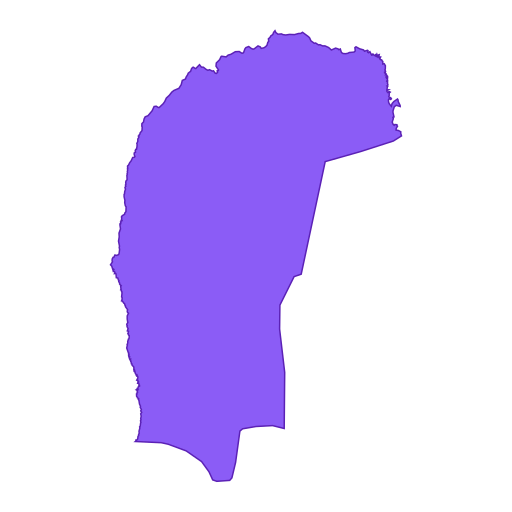 Mitsamiouli-Mboudé, Andjazîdja, Comoros
{"feature_id": "10938185B67203865227918", "entity_name": "Mitsamiouli-Mboudé", "entity_type": "district", "adm_level": 2, "iso_a3": "COM", "parent_name": "Comoros", "parent_adm1": "Andjazîdja", "projection": "equal_earth", "projection_center": [43.317, -11.447], "detail": "fine", "context": "isolated", "style": "filled", "palette": "violet", "viewbox_px": 512, "rotation_deg": 0, "n_neighbors": 0, "source": "geoboundaries", "source_scale": "gbopen_adm2", "svg_char_len": 5936}
<svg xmlns="http://www.w3.org/2000/svg" viewBox="0 0 512 512"><path d="M401.5,135.9L400.7,133.2L400.8,131.8L398.4,130.5L396.1,130.1L396.2,128.4L397.5,126.2L397.0,125.7L396.9,124.7L394.9,124.5L394.2,125.3L393.1,124.3L392.2,122.1L393.3,118.7L392.9,117.3L394.0,116.9L393.0,112.5L393.0,110.9L394.3,106.8L396.2,105.3L400.2,106.5L400.1,105.4L398.2,101.5L398.1,100.0L397.5,99.0L393.9,101.5L392.1,103.5L391.3,106.3L389.3,103.8L388.6,102.2L388.4,99.9L389.2,98.7L390.7,99.5L391.4,98.8L390.6,97.6L389.4,97.4L388.8,96.6L389.2,95.6L389.2,93.0L390.2,92.1L389.1,91.5L387.8,92.5L386.9,91.4L386.9,90.6L388.3,89.8L386.9,89.8L387.4,86.7L387.7,86.3L387.0,85.9L387.7,85.4L387.9,84.3L387.4,83.4L387.6,82.0L386.7,81.3L387.0,80.5L387.6,80.5L387.4,79.5L387.6,77.5L386.5,78.1L386.0,77.0L386.4,76.3L387.0,76.5L387.3,76.0L386.6,75.3L386.5,74.8L385.5,74.8L386.0,73.7L384.6,72.8L384.6,72.2L385.4,72.1L385.6,71.3L384.9,69.9L385.3,69.1L385.4,65.7L384.2,63.7L382.8,64.0L382.8,61.4L382.0,60.7L381.7,59.9L380.4,59.6L379.7,58.6L379.5,58.2L380.3,57.9L380.6,57.0L378.9,57.1L379.0,55.9L378.2,56.4L378.3,55.7L379.0,55.6L379.2,54.7L377.8,55.2L377.4,56.2L377.0,54.9L376.6,56.5L376.3,56.5L375.6,56.0L376.5,54.8L376.5,54.2L375.6,54.6L374.9,55.6L374.1,55.3L373.3,54.2L372.5,54.1L372.0,55.2L371.6,55.1L369.9,51.7L368.5,52.7L367.7,52.2L368.0,50.6L367.5,50.3L364.5,51.2L363.5,49.9L359.7,48.8L356.0,46.8L354.9,47.6L355.2,50.6L354.9,51.4L353.9,52.1L349.3,52.5L347.8,53.3L345.5,53.7L343.0,53.5L341.7,52.7L341.2,51.9L340.3,49.0L338.9,49.7L338.1,48.9L335.6,48.1L331.4,50.0L328.6,47.5L325.0,45.9L322.6,45.9L320.0,44.7L318.5,44.9L315.6,43.0L314.3,43.3L310.9,40.8L309.7,38.0L308.5,36.7L302.5,32.3L300.8,33.4L298.5,33.5L294.5,34.6L289.5,34.4L285.7,35.0L282.9,34.6L281.5,33.9L277.9,34.2L275.8,32.5L275.0,30.7L273.6,32.4L272.8,34.5L270.7,36.0L270.0,37.4L268.4,38.8L268.7,41.4L267.8,42.3L267.0,45.2L265.6,46.7L263.9,47.8L261.2,48.4L260.3,46.9L258.0,45.9L254.4,48.7L253.1,49.2L251.2,48.4L248.7,46.5L245.9,47.6L244.9,48.9L243.7,52.3L242.8,53.2L241.6,53.1L239.2,51.5L235.3,51.7L230.9,54.3L228.1,55.1L226.1,56.9L221.7,56.2L221.1,56.5L219.6,59.7L216.3,63.0L216.0,66.2L218.5,70.0L218.3,70.6L217.2,70.8L217.5,72.5L216.2,73.5L215.1,73.1L213.5,70.8L212.3,71.1L209.5,69.7L207.9,70.3L206.0,69.3L203.4,67.2L201.4,67.1L199.5,64.7L195.8,68.5L195.2,68.5L193.4,67.2L192.8,67.3L191.6,68.5L190.6,71.3L188.2,73.2L187.7,74.6L186.1,77.1L185.5,79.0L182.3,80.4L181.2,84.7L178.9,88.3L174.0,90.4L171.8,92.1L169.4,95.2L166.3,98.1L164.7,101.6L163.2,103.7L159.2,107.5L158.3,107.5L156.2,106.2L154.1,106.5L152.1,110.8L148.0,115.7L145.2,116.8L144.1,118.9L143.5,122.0L141.9,123.6L141.8,126.2L142.2,127.0L142.0,130.6L140.1,132.9L140.0,133.9L139.0,135.2L139.1,135.8L138.4,136.1L138.8,137.5L137.8,139.0L137.8,141.4L136.8,143.5L137.1,144.3L137.0,146.5L136.5,149.3L135.7,149.4L135.2,150.8L135.5,152.2L134.2,153.0L134.2,154.5L134.9,156.7L134.3,157.3L132.7,157.5L131.1,160.9L129.7,162.7L128.4,165.3L127.6,165.9L127.5,166.9L127.8,168.3L127.4,168.8L127.7,170.0L127.3,171.4L127.5,172.7L127.1,173.6L127.3,174.4L126.9,175.2L127.1,179.7L126.0,181.0L125.7,182.4L125.9,184.3L125.4,185.0L125.8,186.3L125.0,187.3L125.0,187.9L125.5,189.0L124.7,191.6L124.5,193.9L124.1,194.4L124.1,196.8L124.9,200.4L124.7,202.6L125.3,205.7L126.1,206.9L125.9,211.7L124.7,213.2L124.6,214.3L122.2,215.7L121.4,217.0L121.7,217.7L121.6,219.7L122.0,220.5L121.1,220.5L121.0,221.8L120.6,221.9L120.8,223.2L120.1,223.7L120.4,224.2L119.9,224.7L120.5,228.9L119.0,233.1L119.2,236.9L118.5,241.1L119.5,246.2L119.2,247.3L119.6,249.5L119.1,253.5L118.6,254.6L116.7,255.4L114.9,255.0L113.9,257.2L113.1,257.3L112.2,259.0L112.1,261.0L112.5,261.8L110.5,264.8L111.7,266.0L112.9,269.8L113.6,269.2L113.9,269.5L113.3,270.6L113.3,271.5L114.6,271.6L114.9,272.8L114.5,273.6L115.7,273.5L116.0,274.0L116.3,277.7L117.8,278.0L118.4,280.1L118.9,280.5L118.7,281.6L119.6,283.0L119.6,284.1L120.6,285.1L120.6,285.7L121.1,285.8L120.7,286.5L121.0,289.2L120.7,289.8L121.2,290.0L121.5,291.3L121.8,291.5L122.0,293.2L121.6,296.9L122.1,297.6L122.1,299.3L121.6,300.7L122.1,300.7L122.3,301.5L122.8,301.6L123.9,303.3L124.5,303.5L125.1,305.6L125.4,305.7L125.5,306.8L127.6,309.7L127.2,311.2L127.5,312.4L128.5,313.2L127.2,315.9L127.2,319.0L127.8,322.7L127.0,323.7L126.7,324.9L127.3,325.6L127.0,326.6L128.1,328.7L127.3,330.9L128.5,331.3L128.2,332.4L128.3,333.4L127.9,333.6L128.6,335.1L129.2,335.5L129.2,337.3L128.9,338.8L128.3,339.2L128.2,340.2L127.7,341.2L127.8,342.8L127.1,344.7L127.4,344.9L126.7,348.0L128.3,352.6L128.8,353.1L128.5,353.9L129.0,354.5L128.6,355.1L128.7,356.1L129.2,356.2L129.1,356.9L129.6,357.0L129.2,357.9L129.7,358.5L129.6,359.0L130.1,359.9L130.5,359.6L130.4,360.5L130.8,360.9L130.7,361.5L131.1,361.9L131.4,363.8L131.9,363.9L132.1,365.2L133.8,367.0L133.9,369.1L134.2,369.5L133.8,369.8L133.9,370.2L134.4,371.0L134.2,371.5L134.5,371.7L134.8,371.2L135.4,373.6L136.4,374.9L136.9,374.7L137.1,375.1L137.0,375.6L136.5,375.7L136.8,376.2L137.7,376.4L137.9,377.9L136.7,380.2L137.0,380.3L137.6,379.6L138.1,381.1L137.9,381.8L138.4,381.9L137.7,383.3L138.8,383.4L139.0,384.6L139.5,385.2L139.5,385.8L138.9,385.6L138.9,386.4L138.2,386.9L137.9,388.4L137.3,388.5L137.7,389.2L136.8,389.6L137.5,389.8L137.0,390.1L137.6,390.3L137.1,391.0L137.6,392.1L137.0,392.8L137.0,393.9L136.5,394.0L136.6,396.3L137.4,397.3L137.4,397.8L138.6,398.6L138.3,399.5L138.9,400.2L139.5,404.1L140.5,406.2L140.2,407.3L141.4,409.5L140.7,410.9L141.7,412.3L140.7,413.8L141.2,416.1L140.7,418.8L141.0,419.8L140.5,420.7L140.9,422.5L140.6,423.0L140.2,426.1L139.6,426.9L139.9,427.9L139.0,431.2L139.2,433.5L138.6,434.3L138.6,435.6L138.0,436.3L137.7,438.9L136.6,440.1L135.9,440.1L135.9,441.1L135.4,441.5L161.3,442.7L168.1,444.2L186.2,450.9L201.6,461.6L209.0,471.8L212.7,479.9L216.8,481.3L229.7,480.4L231.9,477.9L235.6,462.4L239.9,431.1L242.6,428.8L256.0,426.5L272.6,425.6L284.2,428.5L284.7,372.4L279.6,329.1L279.9,305.1L294.1,276.6L301.2,274.2L325.2,161.6L360.8,151.5L393.4,141.0L401.5,135.9Z" fill="#8b5cf6" stroke="#5b21b6" stroke-width="1.5"/></svg>